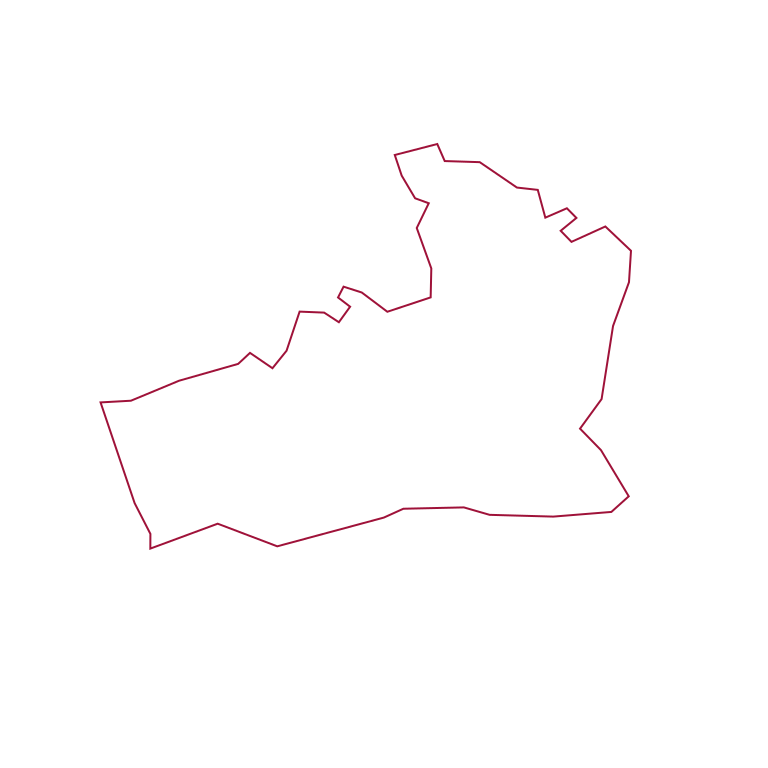 Cheatham, Tennessee, United States of America (Albers equal-area conic projection), rotated 67°
{"feature_id": "52423323B26737706677925", "entity_name": "Cheatham", "entity_type": "district", "adm_level": 2, "iso_a3": "USA", "parent_name": "United States of America", "parent_adm1": "Tennessee", "projection": "albers", "projection_center": [-87.13, 36.248], "detail": "fine", "context": "isolated", "style": "outline", "palette": "rose", "viewbox_px": 768, "rotation_deg": 67, "n_neighbors": 0, "source": "geoboundaries", "source_scale": "gbopen_adm2", "svg_char_len": 789}
<svg xmlns="http://www.w3.org/2000/svg" viewBox="0 0 768 768"><g transform="rotate(67 384 384)"><path d="M177.4,284.6L199.1,286.3L225.2,282.8L235.1,272.2L253.2,292.9L296.1,295.3L322.5,307.2L318.8,352.7L291.1,368.7L278.6,383.2L286.4,392.5L299.6,385.0L309.5,401.4L294.9,411.2L284.4,433.4L315.3,460.7L325.9,480.5L303.0,495.2L308.5,510.4L300.9,571.4L300.5,623.5L290.2,652.1L396.2,660.1L430.7,657.6L444.2,663.4L447.6,591.7L491.7,545.7L506.9,436.3L506.4,414.9L528.8,358.7L545.7,337.9L572.2,280.0L590.6,224.7L583.0,202.6L529.7,210.1L501.7,221.0L482.9,189.6L420.1,150.5L386.0,118.7L357.9,104.6L325.5,118.7L326.4,155.9L312.0,161.5L306.3,142.0L293.7,147.0L293.9,170.5L265.4,166.6L255.1,184.9L217.2,209.2L202.5,241.0L183.9,241.2L177.4,284.6Z" fill="none" stroke="#9f1239" stroke-width="2"/></g></svg>